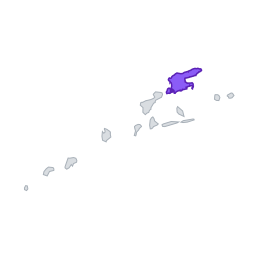 Sanma highlighted on a map of Vanuatu, rotated 85°
{"feature_id": "VUT-561", "entity_name": "Sanma", "entity_type": "Province", "adm_level": 1, "iso_a3": "VUT", "parent_name": "Vanuatu", "parent_adm1": "", "projection": "mercator", "projection_center": [166.941, -15.188], "detail": "fine", "context": "in_parent", "style": "filled", "palette": "violet", "viewbox_px": 256, "rotation_deg": 85, "n_neighbors": 0, "source": "natural_earth", "source_scale": "10m", "svg_char_len": 4373}
<svg xmlns="http://www.w3.org/2000/svg" viewBox="0 0 256 256"><g transform="rotate(85 128 128)"><path d="M81.6,56.2L83.6,67.0L86.0,67.0L87.2,66.4L88.6,63.9L89.2,59.9L90.5,59.3L92.0,59.8L91.4,61.0L91.8,64.2L93.0,66.0L93.8,66.3L95.4,74.7L96.0,76.4L96.0,77.8L92.6,81.0L87.6,80.9L84.1,82.7L82.0,82.6L82.0,80.5L80.1,78.8L77.9,75.2L78.5,68.8L74.6,56.9L74.6,54.0L75.9,50.1L77.2,49.9L78.9,53.2L81.6,56.2ZM102.7,97.9L104.2,98.7L105.0,98.7L105.5,100.3L110.0,103.5L111.2,103.4L112.3,105.1L114.3,106.0L114.8,107.8L116.2,109.6L113.7,111.8L109.0,111.3L106.3,113.8L103.9,113.1L103.5,111.8L103.8,111.4L102.4,108.0L101.7,102.9L100.7,99.9L99.6,98.6L97.4,99.7L96.6,99.9L94.4,97.4L95.4,92.4L96.0,91.0L97.7,90.7L100.3,92.0L102.7,97.9ZM163.7,192.6L162.2,194.2L160.9,194.0L152.7,190.3L153.0,188.7L152.7,184.8L153.6,182.6L155.9,181.8L157.6,182.2L158.7,185.4L161.2,186.6L159.5,187.7L162.5,190.1L163.7,192.6ZM135.5,145.9L138.7,150.6L139.9,151.0L138.0,154.4L134.0,154.7L129.3,153.8L131.1,152.6L130.2,151.3L128.8,151.1L127.1,151.7L126.4,151.5L127.4,149.3L130.0,146.2L130.8,146.0L131.5,145.9L132.2,146.2L135.5,145.9ZM130.8,105.9L127.1,106.2L122.0,105.2L120.0,103.8L119.1,102.3L120.9,101.3L123.4,100.8L126.6,97.5L127.6,98.7L128.8,102.4L130.1,103.5L130.8,104.6L130.8,105.9ZM168.7,212.7L167.0,216.4L164.1,215.5L161.4,212.9L160.0,210.6L160.9,206.1L162.3,205.4L163.8,205.6L164.5,210.0L168.7,212.7ZM128.1,93.8L127.6,93.8L127.0,92.3L125.3,84.3L126.4,77.0L127.2,78.6L129.8,91.2L129.5,93.3L128.1,93.8ZM135.5,120.5L136.5,121.0L136.0,122.4L131.6,120.8L128.1,121.4L127.1,121.4L126.1,120.1L125.3,117.6L125.6,115.8L127.1,114.6L127.7,114.4L128.8,115.9L129.8,117.0L130.7,117.4L133.0,119.9L135.5,120.5ZM118.5,76.2L116.4,77.7L112.5,77.6L111.0,76.7L115.8,72.1L121.4,71.2L118.5,76.2ZM108.2,37.6L106.9,39.3L103.3,38.7L102.4,38.3L102.7,35.6L103.6,34.6L105.7,33.8L108.6,35.1L108.2,37.6ZM105.1,26.1L104.7,26.4L103.9,26.1L102.1,22.2L102.5,20.9L104.9,19.6L107.0,21.8L107.2,23.0L107.2,24.1L106.9,25.0L105.5,25.3L105.1,26.1ZM127.4,72.7L126.8,74.7L125.5,72.3L124.7,62.4L125.0,61.5L125.7,61.4L127.3,68.3L127.4,72.7ZM181.5,234.5L180.4,236.4L178.7,236.4L176.5,235.0L176.9,233.4L179.4,233.1L180.1,233.2L181.5,234.5ZM96.6,85.7L96.0,86.5L92.6,84.4L93.4,82.3L97.1,83.1L96.6,85.7Z" fill="#d9dde1" stroke="#a8b0b8" stroke-width="1"/><path d="M94.1,79.5L92.9,80.9L92.6,81.1L92.4,81.3L92.1,81.4L91.7,81.4L91.3,81.3L90.8,81.0L90.5,80.9L89.3,80.8L87.9,80.8L86.7,81.1L85.9,81.9L86.3,82.2L86.0,82.2L85.3,82.1L84.9,82.3L84.8,82.6L84.7,82.9L84.4,83.2L83.8,83.5L83.1,83.5L82.4,83.1L81.8,82.5L82.2,81.9L82.2,81.1L81.9,80.4L80.8,79.9L80.3,79.4L79.6,78.2L79.3,77.3L79.1,77.0L78.3,76.2L78.1,75.9L78.0,75.4L77.6,74.8L77.5,74.5L77.5,74.2L77.8,73.6L78.0,72.6L78.4,71.2L78.5,70.6L78.5,69.0L78.3,68.3L77.6,67.2L77.4,66.5L77.3,65.2L76.9,63.9L77.0,63.5L77.3,62.9L76.7,62.7L76.4,62.2L76.2,61.6L76.2,61.0L76.0,60.4L75.3,59.4L75.1,58.9L74.5,56.4L74.5,55.8L74.8,55.3L74.9,54.5L74.8,53.7L74.6,53.2L75.5,51.4L75.4,50.6L75.6,50.2L76.6,49.9L76.8,49.7L77.3,49.9L77.4,50.1L77.7,51.0L77.8,51.2L78.1,51.3L78.2,51.7L78.3,52.1L78.3,52.5L78.5,52.5L79.2,53.5L79.5,54.3L79.7,54.6L80.3,55.0L81.6,55.9L81.3,56.3L81.5,57.0L82.0,58.6L82.3,60.2L82.5,61.8L82.4,62.2L82.6,62.4L82.8,62.6L82.9,62.8L83.3,66.9L83.7,67.1L84.5,67.2L85.9,67.0L86.8,67.0L87.1,67.0L87.3,66.7L87.7,66.1L88.0,65.8L88.2,65.6L88.5,65.3L88.6,64.8L88.7,61.2L88.7,60.8L88.5,60.3L88.9,59.8L89.4,59.5L89.9,59.3L92.3,59.5L92.3,59.8L91.7,59.9L91.4,60.1L91.4,60.6L91.4,61.9L91.3,62.3L90.9,62.7L91.5,62.8L91.7,63.1L91.8,64.3L92.4,65.9L92.5,66.5L93.2,65.9L93.6,65.9L94.2,66.1L94.1,66.7L94.6,69.3L94.5,69.8L94.2,70.0L94.4,70.6L94.6,70.6L95.1,70.8L95.3,71.0L95.7,71.9L95.6,72.5L95.5,73.1L95.3,73.3L95.1,72.8L94.9,72.8L95.1,73.9L95.6,75.6L96.4,77.1L97.1,77.8L97.4,77.9L97.5,78.2L97.4,78.6L97.3,78.9L97.0,79.1L96.9,79.1L96.6,79.0L96.3,78.9L95.1,78.9L94.6,79.1L94.1,79.5ZM96.2,86.6L95.5,86.6L95.1,86.3L94.2,85.7L93.7,85.5L92.9,85.3L92.5,85.0L91.9,84.1L92.0,83.2L92.6,82.6L93.7,82.3L95.9,82.6L97.0,83.0L97.1,83.6L96.8,84.6L97.0,85.5L97.1,86.3L96.2,86.6ZM94.6,79.6L95.2,79.3L95.7,79.3L95.7,79.5L95.3,79.6L95.3,79.8L95.6,79.9L95.7,80.1L95.7,80.3L95.5,80.5L96.2,80.9L96.3,81.5L95.8,81.8L95.1,81.6L95.0,81.8L94.9,81.8L94.6,81.9L94.2,81.8L93.8,81.7L93.1,81.2L94.6,79.6ZM93.5,60.7L92.8,59.9L92.7,59.5L93.3,59.7L94.1,60.3L94.6,60.4L94.4,60.7L94.1,60.9L93.8,60.8L93.5,60.7Z" fill="#8b5cf6" stroke="#5b21b6" stroke-width="1.5"/></g></svg>